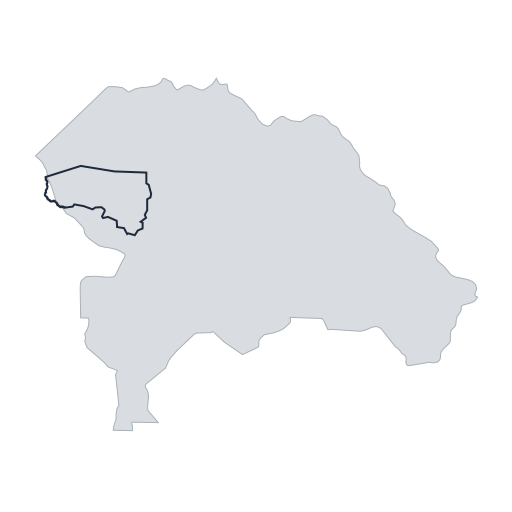 location of Pibor, Jonglei, South Sudan, rotated 181°
{"feature_id": "79223893B32810285770131", "entity_name": "Pibor", "entity_type": "district", "adm_level": 2, "iso_a3": "SSD", "parent_name": "South Sudan", "parent_adm1": "Jonglei", "projection": "orthographic", "projection_center": [34.735, 6.56], "detail": "fine", "context": "in_parent", "style": "outline", "palette": "slate", "viewbox_px": 512, "rotation_deg": 181, "n_neighbors": 0, "source": "geoboundaries", "source_scale": "gbopen_adm2", "svg_char_len": 6982}
<svg xmlns="http://www.w3.org/2000/svg" viewBox="0 0 512 512"><g transform="rotate(181 256 256)"><path d="M425.9,403.9L409.4,420.5L408.2,421.5L406.2,422.8L399.5,422.8L392.6,422.0L386.2,417.7L379.8,420.9L375.7,422.0L373.2,422.4L367.5,422.9L359.4,424.6L355.7,426.8L353.8,428.6L352.1,431.8L351.3,432.1L349.8,431.7L347.7,430.4L343.4,428.5L341.3,424.4L339.3,421.9L337.6,420.6L330.8,424.6L327.5,425.6L324.7,425.5L319.8,423.1L314.3,421.1L311.5,421.1L307.3,423.5L302.4,427.2L300.0,430.8L298.7,433.0L297.1,429.6L295.5,427.5L293.2,426.7L288.6,427.5L287.5,426.3L287.3,423.5L286.6,420.8L285.5,418.9L281.9,416.9L272.8,412.8L265.8,404.8L262.3,401.1L259.8,398.7L256.2,392.4L252.1,388.1L247.0,386.0L243.7,387.0L240.2,391.5L233.8,395.8L230.8,395.9L227.0,393.5L222.3,391.8L213.7,391.0L210.2,393.0L205.5,396.2L201.6,398.1L199.2,398.3L196.9,397.5L194.4,397.1L192.1,397.0L187.6,393.9L185.3,391.6L183.7,389.5L181.1,388.0L178.1,386.7L176.0,384.8L174.9,382.4L173.3,379.3L171.1,376.5L164.2,371.5L162.1,368.6L160.7,365.7L157.9,362.5L154.9,358.3L154.0,352.1L154.0,347.2L153.4,344.9L152.1,342.6L150.6,340.6L148.2,338.4L142.6,335.1L136.8,331.4L134.1,329.2L128.8,328.3L125.6,326.1L123.0,321.5L122.0,317.8L119.4,314.8L118.3,312.7L117.7,310.3L119.9,303.1L116.9,300.4L112.3,297.0L109.1,293.2L107.2,289.8L101.4,285.3L88.7,278.4L81.3,274.0L77.4,270.1L73.9,266.3L73.6,264.8L76.0,261.1L76.4,258.0L74.6,254.6L67.1,248.1L61.1,240.9L56.6,238.6L45.5,236.5L42.3,235.6L39.1,234.2L35.9,231.0L34.8,227.2L36.6,221.3L35.6,219.4L33.8,218.9L34.3,217.7L36.5,214.8L40.0,213.0L49.2,210.2L49.8,209.1L50.0,205.4L50.8,203.6L54.1,198.5L54.6,196.4L54.9,192.0L55.4,190.0L56.3,188.5L58.9,186.0L59.8,184.5L60.3,181.1L60.2,174.4L61.6,171.8L67.5,165.9L69.2,163.2L69.8,160.8L69.8,158.3L70.2,155.9L72.0,153.6L73.4,152.9L77.7,152.2L80.6,152.8L101.0,149.0L103.3,149.6L104.3,152.1L104.1,156.0L104.4,157.9L105.5,159.3L108.6,161.2L110.8,164.3L111.9,165.5L115.1,167.7L129.8,185.8L134.0,187.6L138.2,187.0L146.5,183.4L150.7,182.6L179.5,184.0L182.7,183.5L182.9,183.6L187.1,192.6L189.2,194.7L220.9,195.2L220.3,192.6L220.8,189.8L226.5,184.4L227.3,183.7L232.2,181.2L237.0,179.5L246.2,177.5L249.7,174.3L251.6,171.4L251.7,165.5L252.9,164.6L255.2,163.3L265.9,158.2L267.7,157.1L286.3,169.4L296.8,179.0L297.4,179.5L298.0,179.7L298.5,179.4L299.0,178.9L300.3,178.5L304.8,178.4L313.4,178.0L316.2,176.9L333.5,159.9L338.0,154.5L339.1,153.4L341.6,149.5L344.3,142.8L344.8,142.1L363.7,126.1L364.4,124.9L364.6,123.9L361.8,118.5L361.2,115.7L361.1,111.5L361.7,105.0L361.6,100.8L361.3,99.7L361.2,99.5L350.9,87.7L377.3,87.7L377.3,86.2L377.2,85.7L376.7,84.3L376.5,82.4L376.5,81.4L376.6,80.4L376.7,79.9L376.6,79.4L376.6,79.2L395.7,79.3L395.4,82.7L393.1,90.5L393.1,95.2L392.5,100.5L391.8,102.1L390.9,103.4L390.5,104.0L390.5,104.6L394.3,134.7L394.0,135.9L392.9,137.8L392.6,138.4L392.6,138.9L393.0,139.2L401.8,142.5L402.2,142.7L402.5,143.0L405.7,146.8L422.9,161.1L423.5,161.8L425.3,166.3L425.5,167.0L425.6,168.1L425.5,168.9L425.1,171.6L425.2,172.8L425.5,173.6L425.8,174.5L425.8,174.8L425.6,175.5L423.0,180.7L422.2,184.3L421.9,187.4L422.0,189.2L422.3,190.4L422.6,190.9L422.8,191.0L430.3,191.1L430.3,192.7L431.2,219.9L431.2,222.9L430.9,226.8L430.0,228.3L427.9,230.4L425.2,232.4L418.5,232.9L412.8,232.8L408.8,232.4L403.4,232.2L398.2,232.6L396.3,234.2L389.5,248.7L387.4,252.3L386.8,254.4L387.4,255.6L390.1,257.5L395.9,260.1L402.6,261.6L407.6,262.2L411.0,262.9L413.6,263.7L423.1,270.3L426.2,273.4L427.9,276.1L428.2,279.0L429.6,281.9L438.3,290.9L446.5,295.2L449.7,300.0L452.8,302.3L455.7,304.9L457.2,308.6L460.8,319.5L463.2,325.2L465.7,329.8L466.7,337.4L468.7,340.8L470.7,345.0L474.0,348.7L477.6,351.5L478.2,352.3L442.3,387.7L425.9,403.9Z" fill="#d9dde1" stroke="#a8b0b8" stroke-width="1"/><path d="M416.2,340.6L432.8,343.0L467.8,331.3L467.8,331.0L467.8,330.9L467.7,330.8L467.6,330.6L467.6,330.3L467.4,330.1L467.5,330.0L467.5,329.9L467.5,329.7L467.5,329.4L467.5,329.2L467.4,329.1L467.4,328.9L467.4,328.7L467.5,328.6L467.4,328.5L467.4,328.4L467.1,328.3L466.9,328.2L466.7,328.0L466.6,327.9L466.6,327.7L466.4,327.7L466.2,327.3L466.2,327.2L466.0,326.9L465.9,326.8L465.9,326.6L466.0,326.4L465.9,326.2L465.9,325.8L465.9,325.7L466.0,325.6L466.1,325.4L466.1,325.2L466.1,324.9L466.1,324.7L466.3,324.4L466.5,324.4L466.5,324.1L466.4,324.0L466.4,323.9L466.4,323.6L466.3,323.4L466.3,323.2L466.2,323.1L466.1,322.9L466.0,322.7L465.9,322.5L465.8,322.4L465.8,322.2L465.8,321.9L465.7,321.9L466.0,319.7L466.6,319.0L466.6,318.9L466.8,318.7L466.9,318.4L467.0,318.4L467.0,318.2L467.0,317.9L467.1,317.7L467.3,317.6L467.3,317.4L467.3,317.2L467.2,317.0L467.2,316.9L467.1,316.7L467.0,316.3L467.1,316.2L467.0,315.9L467.1,315.7L467.3,315.5L467.5,315.4L467.7,315.2L467.8,315.2L467.8,314.9L467.9,314.7L467.9,314.4L468.0,314.2L468.2,313.9L468.2,313.7L468.2,313.4L468.1,313.2L468.0,312.8L467.9,312.7L467.7,312.5L467.6,312.4L467.4,312.3L467.3,312.2L467.2,312.1L467.0,311.9L466.9,311.9L466.7,311.9L466.6,311.7L466.5,311.4L466.3,311.2L466.2,311.1L466.1,310.9L465.9,310.9L465.8,311.1L465.7,311.1L465.6,310.8L465.7,310.7L465.7,310.4L465.4,310.3L465.3,310.1L465.4,309.9L465.2,309.9L465.1,309.7L465.1,309.4L465.0,309.2L464.9,309.1L464.8,308.9L464.6,309.0L464.4,308.9L464.1,308.7L463.9,308.6L463.7,308.5L463.7,308.3L463.7,308.1L463.8,308.1L463.7,308.0L463.4,308.1L463.2,308.2L462.9,308.1L462.8,307.9L462.7,307.8L462.6,307.7L462.8,307.6L462.9,307.4L462.8,307.2L462.7,307.2L462.3,307.0L462.2,307.1L462.0,306.9L461.9,306.9L461.7,306.9L461.3,306.9L461.1,307.0L460.9,307.2L460.7,307.1L460.4,307.1L460.2,307.0L459.9,307.0L459.7,307.1L459.3,307.2L459.2,307.2L459.2,307.3L458.9,307.5L459.0,307.7L458.8,307.7L458.7,307.6L458.5,307.4L458.4,307.3L458.4,307.2L458.2,307.2L458.2,307.4L458.1,307.5L458.0,307.4L457.9,307.3L457.9,307.2L457.9,306.8L457.7,306.7L457.4,306.5L457.3,306.4L457.2,306.4L457.1,306.2L456.9,305.9L456.8,305.7L456.6,305.6L456.3,305.6L456.3,305.4L456.2,305.3L456.0,305.2L455.8,305.1L455.9,304.9L455.7,304.6L455.7,304.4L455.5,304.2L455.7,303.8L455.5,303.6L455.4,303.5L455.1,303.5L455.1,303.4L454.9,303.4L454.5,303.2L454.4,303.2L454.1,302.9L454.1,302.7L453.9,302.7L453.7,302.6L453.5,302.3L453.4,302.2L453.3,301.9L453.2,301.8L452.9,301.7L452.7,301.5L452.5,301.4L452.4,301.4L452.2,301.4L452.2,301.5L452.2,301.8L452.2,302.0L451.8,302.2L451.7,302.2L451.7,301.9L451.3,301.9L451.2,302.0L450.9,302.0L450.8,301.9L450.7,302.0L450.6,301.9L450.5,302.0L450.4,301.9L450.2,301.8L450.1,301.7L450.0,301.8L449.9,301.8L449.8,301.7L449.7,301.6L449.4,301.8L449.3,301.7L449.2,301.7L448.9,301.4L449.0,301.3L448.9,301.2L448.8,301.3L448.7,301.3L448.4,301.4L448.4,301.2L448.4,300.9L448.6,300.9L440.1,302.2L438.6,304.4L429.3,302.9L420.2,299.8L417.4,301.7L411.4,302.1L408.3,299.8L408.0,298.4L410.6,292.9L409.6,291.3L404.7,292.5L395.9,288.8L395.4,283.1L395.4,282.5L388.5,281.6L385.2,275.7L384.2,276.4L377.5,274.7L374.6,279.5L369.9,281.5L369.9,287.2L371.9,288.2L366.6,292.3L367.9,295.2L365.6,299.8L365.8,310.8L362.6,312.7L361.9,316.2L364.5,325.3L366.9,326.7L367.1,337.5L399.1,338.1L416.2,340.6Z" fill="none" stroke="#1e293b" stroke-width="2"/></g></svg>